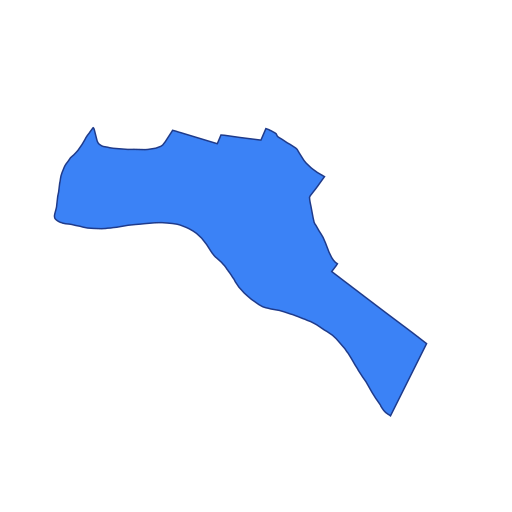 Lunca, Olt, Romania, rotated 42°
{"feature_id": "2599482B1586311708085", "entity_name": "Lunca", "entity_type": "district", "adm_level": 2, "iso_a3": "ROU", "parent_name": "Romania", "parent_adm1": "Olt", "projection": "albers", "projection_center": [24.698, 43.826], "detail": "fine", "context": "isolated", "style": "filled", "palette": "blue", "viewbox_px": 512, "rotation_deg": 42, "n_neighbors": 0, "source": "geoboundaries", "source_scale": "gbopen_adm2", "svg_char_len": 2827}
<svg xmlns="http://www.w3.org/2000/svg" viewBox="0 0 512 512"><g transform="rotate(42 256 256)"><path d="M462.9,284.8L441.4,207.0L423.9,208.3L390.3,211.3L365.4,213.4L335.1,215.9L325.1,216.7L322.7,216.9L322.6,216.3L322.1,209.9L321.7,207.3L319.3,207.6L316.3,207.3L313.2,206.5L307.7,204.3L298.9,199.8L293.4,197.3L289.9,196.2L285.9,195.1L279.9,193.1L278.4,192.8L276.5,192.0L275.7,191.4L273.0,189.5L263.7,182.4L260.3,179.9L258.3,178.3L256.5,176.6L256.4,176.3L256.0,174.9L255.3,164.9L253.8,151.2L245.6,152.9L239.7,153.5L237.8,153.6L231.1,153.4L227.7,152.9L218.8,150.4L215.4,149.3L214.6,149.2L213.2,149.2L206.8,150.2L203.4,151.0L197.6,151.8L193.1,152.7L192.2,152.7L191.4,152.6L189.3,151.7L187.8,151.8L182.7,153.0L182.2,153.4L181.9,153.3L181.3,153.4L180.0,153.9L179.3,154.2L178.1,154.7L181.8,165.6L182.1,166.6L165.3,178.3L151.9,187.3L149.0,189.5L152.1,198.4L151.8,198.6L130.1,208.8L117.3,214.8L116.0,215.5L113.0,216.8L109.9,218.4L110.1,219.3L112.1,231.8L112.4,235.9L112.0,237.8L111.6,238.7L109.4,242.9L104.4,249.1L102.5,251.1L94.2,258.2L89.4,262.6L79.1,270.5L77.8,271.5L74.9,273.4L73.0,274.4L69.2,276.8L67.6,277.4L65.1,277.8L63.7,277.8L62.3,277.4L60.8,276.7L51.4,270.4L50.1,269.7L49.2,269.6L49.1,269.8L49.6,275.0L49.8,276.1L50.0,279.2L50.4,281.8L51.0,284.1L52.1,289.5L52.7,294.4L53.0,296.7L53.0,300.2L52.9,303.2L52.8,303.6L52.4,307.0L53.0,311.5L53.2,314.4L53.6,316.7L54.1,318.4L56.1,323.9L57.5,327.0L59.1,329.6L60.4,331.5L61.3,333.1L66.5,340.5L68.7,344.3L75.0,353.1L76.0,354.9L78.2,359.2L79.1,360.7L79.6,361.3L80.7,362.2L81.6,362.7L83.0,362.8L84.8,362.7L86.4,362.4L88.1,361.9L89.4,361.2L90.2,361.0L92.8,359.5L96.2,357.0L98.1,355.8L101.5,354.0L105.4,351.6L108.1,350.3L112.1,347.9L116.7,344.3L122.8,339.2L125.9,336.1L127.0,334.7L129.3,332.4L130.8,330.5L133.2,327.9L140.4,318.7L145.2,313.4L148.8,309.6L151.3,306.8L158.4,299.2L161.3,296.4L163.7,294.2L168.6,290.4L172.4,287.6L176.2,285.1L179.0,283.7L185.1,281.4L188.1,280.5L192.7,279.5L196.7,279.0L203.6,279.1L211.6,280.5L219.2,282.6L221.6,283.2L224.6,283.7L226.7,283.9L227.6,283.8L234.5,283.8L237.8,284.2L238.8,284.2L241.3,284.7L243.5,285.3L244.5,285.4L246.1,285.9L246.8,285.9L250.5,286.8L253.2,287.6L254.5,287.8L255.8,288.2L257.8,289.0L264.2,290.6L272.1,291.4L276.1,291.4L281.4,291.3L290.6,290.2L294.6,289.3L295.5,289.0L298.1,287.8L299.6,286.9L302.5,285.4L309.8,280.8L314.2,278.7L320.7,275.9L322.2,275.1L326.4,273.5L327.3,273.1L333.1,271.0L334.6,270.3L337.2,269.5L340.4,268.2L344.2,267.2L347.1,266.5L356.1,265.3L359.3,264.6L365.9,263.7L371.1,263.8L380.6,265.0L384.0,265.4L387.5,266.3L389.4,266.6L390.5,266.9L396.2,268.6L402.6,270.7L407.3,272.0L408.2,272.4L416.3,274.6L422.0,275.9L433.7,279.8L440.0,281.6L448.2,283.5L449.4,284.1L451.9,284.8L454.2,285.3L456.2,285.5L457.9,285.5L459.1,285.3L459.7,285.3L461.7,284.9L462.9,284.8Z" fill="#3b82f6" stroke="#1e3a8a" stroke-width="1.5"/></g></svg>